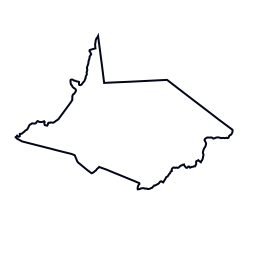 the district of Euclides da Cunha, Bahia, Brazil, rotated 30°
{"feature_id": "56859067B4723677873776", "entity_name": "Euclides da Cunha", "entity_type": "district", "adm_level": 2, "iso_a3": "BRA", "parent_name": "Brazil", "parent_adm1": "Bahia", "projection": "robinson", "projection_center": [-38.934, -10.468], "detail": "fine", "context": "isolated", "style": "outline", "palette": "ink", "viewbox_px": 256, "rotation_deg": 30, "n_neighbors": 0, "source": "geoboundaries", "source_scale": "gbopen_adm2", "svg_char_len": 3503}
<svg xmlns="http://www.w3.org/2000/svg" viewBox="0 0 256 256"><g transform="rotate(30 128 128)"><path d="M199.2,132.8L199.5,131.2L200.4,130.8L201.6,131.3L202.3,130.4L202.7,129.7L203.7,129.1L204.4,128.1L205.2,127.7L205.2,126.7L205.1,125.4L204.7,124.4L204.0,123.6L203.8,122.6L204.4,121.7L205.0,120.7L206.1,121.0L208.2,121.2L208.0,120.0L208.3,119.2L208.1,117.8L207.9,116.6L207.4,115.5L207.1,114.2L206.6,113.2L205.9,112.7L205.1,111.8L204.6,110.4L204.3,108.9L204.1,107.5L204.2,106.3L204.2,104.9L203.9,103.9L203.6,102.7L202.8,101.8L202.1,101.4L201.1,100.7L200.3,100.2L200.1,99.1L200.6,97.9L201.2,96.8L202.0,96.2L203.1,95.7L203.9,95.3L204.5,94.7L205.9,94.3L207.2,94.5L208.1,93.6L208.9,92.5L209.6,91.8L210.7,91.1L212.2,90.5L213.6,90.3L214.6,89.5L215.8,88.8L216.8,88.4L217.5,87.9L218.3,87.1L219.2,87.0L219.9,86.4L219.8,85.1L219.6,84.0L220.0,83.1L220.6,82.2L220.7,81.3L220.6,79.9L220.3,78.8L219.4,77.3L202.1,75.3L199.3,74.9L168.0,70.8L155.7,69.2L137.8,66.8L131.1,71.1L106.5,87.0L91.7,96.4L84.8,100.9L75.2,88.2L56.1,63.3L56.2,64.8L55.9,65.7L56.0,66.9L56.3,68.6L56.9,69.7L57.3,70.9L57.8,72.3L58.7,73.4L59.4,74.6L60.0,75.3L58.5,76.8L55.9,79.6L56.1,80.6L57.3,81.1L59.3,82.6L59.1,83.6L59.1,84.5L59.1,85.4L59.5,86.3L59.9,87.2L60.3,89.3L60.6,90.4L61.1,91.2L61.5,92.4L61.7,93.6L61.9,94.5L62.1,95.7L62.7,97.0L63.6,97.8L64.0,99.0L64.3,100.4L65.0,101.3L65.6,102.4L65.6,103.4L65.6,104.3L65.9,105.2L66.5,106.3L66.4,107.3L66.7,108.4L66.7,109.6L66.3,111.0L66.2,112.4L66.0,113.8L65.3,114.7L64.4,115.1L63.6,114.6L63.0,113.4L62.5,112.6L61.5,112.8L60.0,113.4L58.8,113.4L57.7,113.9L55.8,113.8L55.0,114.2L54.3,114.9L54.6,116.0L55.4,117.0L56.0,117.9L56.8,118.8L58.2,119.2L59.4,120.1L60.6,120.4L61.5,120.4L62.4,120.5L63.5,120.8L64.2,121.5L64.4,122.5L64.4,123.4L64.3,124.5L64.2,125.4L63.7,126.2L63.7,127.3L63.9,128.4L64.6,129.3L65.0,130.5L65.7,131.4L65.7,132.5L65.7,133.5L65.4,136.7L63.3,155.3L62.7,156.6L62.0,157.9L61.5,159.2L60.7,160.7L59.5,161.3L58.3,161.8L57.8,162.6L56.9,162.8L56.4,163.8L56.8,165.0L56.9,166.3L55.5,166.8L54.5,167.1L53.7,166.4L53.1,165.7L52.9,164.5L52.0,164.1L51.1,165.2L50.1,166.1L49.3,166.6L47.9,167.1L46.4,167.1L45.9,168.1L45.9,169.6L45.2,170.7L44.1,171.3L42.6,171.9L42.2,172.9L41.3,174.2L41.2,175.3L41.3,176.5L41.4,177.6L41.4,178.5L41.5,179.5L40.8,180.8L40.3,181.8L40.1,183.0L39.5,184.1L39.3,185.0L38.7,186.2L38.0,186.7L37.3,187.2L37.8,188.1L38.4,189.2L37.7,190.3L36.8,190.4L35.8,190.1L35.7,191.1L35.3,192.1L37.0,192.7L40.6,192.6L42.9,192.6L56.1,188.9L72.3,184.3L74.7,183.7L88.7,179.7L91.7,178.8L94.1,178.4L95.4,178.2L96.6,179.1L100.8,182.3L101.9,182.8L113.9,184.8L119.0,185.4L119.8,184.7L120.1,183.8L120.6,182.9L120.9,181.9L121.4,180.9L121.5,179.8L121.8,178.4L122.3,177.2L122.4,176.2L130.8,174.7L134.8,174.2L147.2,172.5L154.0,171.6L157.5,171.1L165.3,170.1L165.9,170.7L165.7,171.9L165.8,173.5L166.3,175.1L167.1,176.2L168.1,175.5L168.9,174.8L169.4,173.8L170.5,173.0L171.8,172.2L173.1,172.0L174.0,171.4L174.7,171.0L175.6,171.0L176.4,170.5L177.3,169.6L178.1,168.5L178.8,167.7L178.9,166.8L179.2,165.8L179.4,164.7L180.4,164.0L181.0,162.9L181.8,161.8L182.4,160.5L182.5,159.3L182.8,158.1L183.7,157.4L184.6,157.6L185.7,157.5L185.8,152.7L185.7,151.3L186.5,150.2L186.6,148.8L186.6,147.5L187.0,146.1L186.8,144.5L187.5,143.3L186.8,142.6L186.5,141.7L186.6,140.7L187.1,139.6L187.8,139.1L188.7,139.0L189.7,138.0L190.8,137.8L191.6,137.0L191.9,136.1L192.2,135.0L192.9,133.7L193.5,133.1L194.0,132.2L194.8,131.6L195.4,132.3L196.5,132.7L197.5,133.1L198.4,133.3L199.2,132.8Z" fill="none" stroke="#020617" stroke-width="2"/></g></svg>